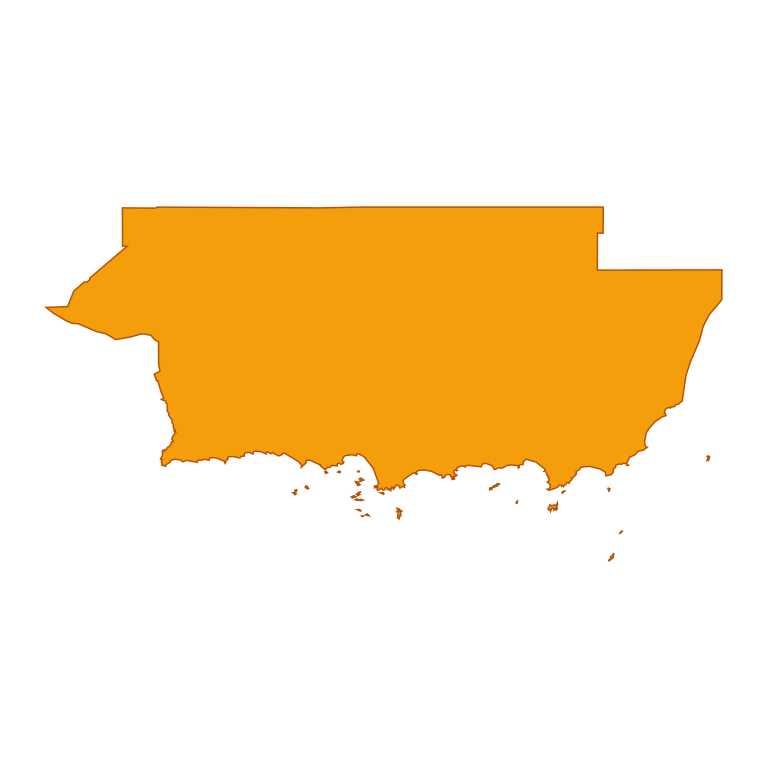 outline of Esperance, Western Australia, Australia
{"feature_id": "25037944B71614254655380", "entity_name": "Esperance", "entity_type": "district", "adm_level": 2, "iso_a3": "AUS", "parent_name": "Australia", "parent_adm1": "Western Australia", "projection": "robinson", "projection_center": [121.733, -33.519], "detail": "fine", "context": "isolated", "style": "filled", "palette": "amber", "viewbox_px": 768, "rotation_deg": 0, "n_neighbors": 0, "source": "geoboundaries", "source_scale": "gbopen_adm2", "svg_char_len": 6147}
<svg xmlns="http://www.w3.org/2000/svg" viewBox="0 0 768 768"><path d="M122.6,246.2L127.1,246.2L89.7,278.2L89.9,279.5L86.6,282.3L84.4,281.9L73.8,291.1L67.6,306.6L46.1,307.4L53.0,312.9L66.6,321.0L72.3,323.4L78.1,323.7L96.5,331.6L105.8,333.7L115.8,339.6L130.9,336.9L141.0,334.0L144.6,334.0L150.8,335.3L155.0,340.0L158.6,341.7L158.6,364.1L160.0,371.1L154.2,374.3L156.6,380.8L157.6,380.5L161.5,393.1L163.7,397.9L161.3,399.5L165.8,401.2L166.1,403.2L167.2,404.1L167.2,411.0L168.9,413.5L168.8,415.5L172.2,420.2L171.9,422.5L173.5,424.8L173.1,426.1L174.2,429.9L175.4,429.9L175.3,431.3L174.5,431.4L175.8,432.3L173.0,435.7L171.8,439.0L173.0,440.6L172.9,441.7L171.6,441.9L171.1,443.8L169.1,446.7L167.3,447.4L166.6,449.4L164.4,449.7L164.3,451.3L162.8,450.3L162.2,451.7L162.6,454.9L160.5,459.3L162.3,459.7L161.2,462.0L162.1,463.3L161.7,465.1L165.7,466.2L165.4,465.0L170.0,462.4L170.2,460.9L174.7,459.1L180.8,460.1L182.8,461.9L186.3,460.3L197.4,462.3L197.5,460.7L198.4,460.0L202.1,460.2L204.1,459.2L209.1,460.3L209.7,458.1L212.4,457.6L216.3,458.0L224.3,461.2L225.0,463.3L225.9,462.1L225.6,461.0L228.1,459.1L227.4,458.2L228.5,456.8L232.9,456.5L239.9,458.0L241.1,456.4L244.5,456.0L244.1,453.9L244.9,453.0L249.0,452.3L253.1,454.0L253.4,451.9L255.5,451.1L261.3,451.8L266.1,454.0L266.1,452.6L267.2,452.0L271.2,453.7L272.4,452.6L278.5,455.9L282.1,454.6L282.9,453.1L285.3,453.6L298.6,461.7L301.6,465.2L301.3,467.3L306.2,462.7L305.7,461.7L306.6,460.4L309.6,460.1L320.7,465.1L320.9,465.7L319.6,464.9L324.0,469.0L325.7,469.4L327.0,467.7L330.5,467.1L331.4,465.5L337.3,465.8L337.0,464.1L338.8,463.1L340.9,464.3L343.1,463.5L344.3,461.3L343.3,462.3L342.0,460.5L343.6,456.9L345.5,455.6L352.2,454.7L356.5,455.8L356.9,454.1L358.6,453.7L364.3,456.9L373.2,468.2L378.7,483.3L377.2,485.7L374.5,486.0L374.5,487.7L375.4,486.9L376.0,487.7L377.6,487.2L377.1,489.9L377.8,490.5L381.6,488.4L382.9,490.0L384.8,489.8L385.1,488.2L386.3,487.6L387.5,488.1L387.3,489.4L389.0,489.2L388.7,489.8L390.8,490.5L390.1,488.8L392.0,488.8L391.6,487.2L393.4,487.3L393.8,488.9L396.3,484.8L399.1,486.0L400.0,488.1L402.4,486.4L404.5,487.3L404.2,485.8L405.1,485.2L403.8,484.1L403.1,480.9L404.1,479.3L412.5,473.3L415.0,472.8L415.6,474.0L417.1,474.1L416.3,471.9L418.7,470.3L424.4,470.0L431.8,471.4L439.4,475.3L441.0,474.8L441.9,475.6L442.4,478.1L445.0,477.0L445.3,475.4L446.8,474.5L450.3,474.8L450.8,476.4L453.1,477.1L452.1,478.0L453.2,478.3L451.9,479.0L452.5,479.6L454.3,479.0L453.3,478.4L454.4,477.1L454.0,476.5L456.5,475.8L456.8,474.9L454.8,474.1L453.9,472.5L454.2,470.8L455.8,469.5L456.5,470.8L457.4,470.3L456.4,469.5L456.9,468.1L460.3,466.2L464.0,466.0L465.2,467.1L465.9,465.6L468.6,465.4L481.3,466.8L482.4,464.0L485.6,463.3L491.9,465.6L494.6,469.6L499.2,467.7L502.0,468.2L507.1,465.5L511.9,464.9L517.6,465.7L518.5,468.1L519.3,467.2L519.1,465.2L521.4,464.3L522.9,464.8L523.3,461.9L526.2,459.2L536.1,462.1L544.3,468.5L545.3,469.9L544.3,471.1L545.2,470.9L547.1,474.0L546.6,474.8L548.7,476.6L548.0,477.6L549.0,478.9L548.9,481.0L546.6,482.5L547.8,482.2L550.5,485.1L549.4,488.8L547.2,489.2L549.0,490.4L557.1,487.5L559.5,485.0L561.4,485.4L561.6,486.3L562.6,485.5L563.5,486.7L567.3,482.4L569.2,483.2L569.9,481.3L571.9,479.6L571.4,478.1L572.7,477.9L576.1,474.4L575.5,474.0L576.4,473.2L576.3,471.3L579.7,469.5L580.3,467.8L583.1,466.8L589.8,466.4L599.8,468.9L605.3,472.0L606.0,475.9L611.6,474.5L613.3,472.1L613.5,468.8L615.4,467.5L616.0,465.2L618.8,464.0L621.7,464.3L623.5,463.0L625.5,463.8L626.8,463.2L629.6,457.3L635.7,454.3L638.0,451.3L643.7,449.9L647.3,447.2L645.9,446.8L644.9,444.8L644.6,441.4L646.2,433.1L649.1,428.3L655.0,421.7L662.0,416.9L666.0,415.6L665.1,412.9L664.3,412.8L665.6,408.9L668.5,407.4L670.5,408.1L671.3,407.0L674.7,406.5L675.6,404.6L678.0,404.3L682.2,401.0L686.0,375.2L690.4,361.9L699.5,340.6L703.2,326.4L709.3,314.5L721.8,299.8L721.9,269.9L597.3,270.1L597.5,233.1L603.1,233.1L603.3,207.1L359.8,207.1L320.0,207.9L157.5,207.1L155.5,208.1L122.4,207.9L122.6,246.2ZM555.8,509.9L556.5,510.2L557.4,508.2L556.2,507.4L557.6,504.7L557.4,502.9L556.5,504.8L555.2,505.3L553.9,504.9L551.8,505.8L550.1,504.8L548.0,508.7L548.6,510.0L550.1,509.4L550.5,511.4L552.1,508.0L553.9,508.4L553.8,510.1L555.9,508.2L555.8,509.9ZM398.3,511.8L397.6,518.1L399.2,518.8L399.9,515.5L400.6,515.9L401.0,515.1L400.4,512.1L401.8,511.4L401.3,510.5L399.7,510.6L399.5,509.1L397.0,508.4L398.1,510.5L396.9,511.7L398.3,511.8ZM610.9,558.3L608.7,560.2L609.1,560.9L613.3,557.4L613.7,553.0L612.4,555.5L610.5,556.8L610.9,558.3ZM496.8,483.8L494.8,486.0L493.5,485.8L493.7,486.4L492.1,487.9L497.8,485.8L498.4,484.3L500.1,483.8L496.8,483.8ZM292.9,492.7L295.0,494.8L296.1,493.9L295.5,492.0L296.8,490.8L296.7,489.7L294.8,490.3L295.0,492.8L292.9,492.7ZM360.8,491.6L358.3,492.7L356.4,494.3L357.7,495.5L359.7,494.6L358.8,494.2L360.8,491.6ZM359.9,481.2L360.6,481.4L363.8,480.0L360.9,478.1L359.3,478.9L360.3,479.7L359.9,481.2ZM709.6,456.7L708.3,455.9L707.1,456.5L708.1,458.4L707.0,460.5L708.6,460.4L709.6,456.7ZM305.3,487.6L308.1,489.0L308.6,488.4L306.9,486.0L305.5,486.1L305.3,487.6ZM351.7,496.8L352.3,496.9L351.9,498.5L352.9,496.9L353.9,497.6L356.0,496.8L354.0,495.7L351.7,496.8ZM380.3,492.8L383.6,494.4L384.0,493.7L383.3,492.5L380.3,492.8ZM369.1,515.7L367.3,513.9L365.4,515.0L369.1,515.7ZM358.7,499.9L356.7,499.0L355.3,499.7L357.6,500.6L358.7,499.9ZM489.7,489.8L491.9,489.3L491.1,487.5L489.6,488.2L489.7,489.8ZM324.8,471.5L325.6,473.4L327.5,472.7L325.8,471.1L324.8,471.5ZM357.2,485.0L358.2,485.6L360.1,484.7L358.5,483.4L357.2,485.0ZM337.8,472.1L340.1,472.7L340.4,471.7L339.2,470.9L337.8,472.1ZM561.9,492.5L562.4,493.3L564.7,491.1L563.4,491.1L561.9,492.5ZM360.6,511.1L360.8,510.3L359.0,509.4L357.2,509.7L360.6,511.1ZM608.9,489.1L608.6,491.8L610.0,488.9L608.3,488.1L607.9,488.9L608.9,489.1ZM359.0,499.8L360.0,500.6L363.0,500.1L360.6,499.2L359.0,499.8ZM357.0,471.4L359.0,472.0L359.3,471.0L357.0,471.4ZM516.3,503.3L517.3,503.0L517.5,501.0L516.4,501.8L516.3,503.3ZM619.4,534.0L620.5,533.2L622.8,530.8L621.2,531.4L619.4,534.0ZM356.6,482.3L355.5,481.9L356.3,483.3L358.4,482.1L356.9,481.6L356.6,482.3ZM361.7,516.5L364.2,516.3L361.5,515.8L361.7,516.5ZM625.9,465.2L627.9,465.5L629.3,464.8L625.9,465.2Z" fill="#f59e0b" stroke="#b45309" stroke-width="1.5"/></svg>